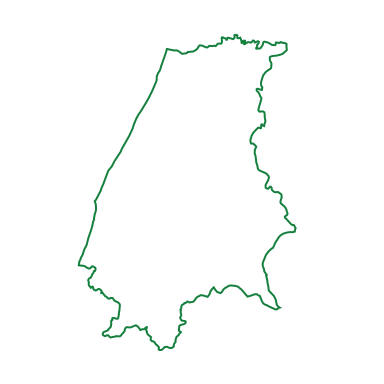 the district of Vatomandry, Atsinanana, Madagascar, rotated 185°
{"feature_id": "10022922B31178585124685", "entity_name": "Vatomandry", "entity_type": "district", "adm_level": 2, "iso_a3": "MDG", "parent_name": "Madagascar", "parent_adm1": "Atsinanana", "projection": "mercator", "projection_center": [48.762, -19.365], "detail": "fine", "context": "isolated", "style": "outline", "palette": "green", "viewbox_px": 384, "rotation_deg": 185, "n_neighbors": 0, "source": "geoboundaries", "source_scale": "gbopen_adm2", "svg_char_len": 5936}
<svg xmlns="http://www.w3.org/2000/svg" viewBox="0 0 384 384"><g transform="rotate(185 192 192)"><path d="M167.3,88.9L165.6,91.7L164.8,95.1L163.1,97.7L162.0,98.9L160.3,96.6L158.1,94.5L154.8,93.8L153.7,94.7L152.6,96.9L151.3,98.7L147.8,101.3L146.2,102.1L144.8,102.3L140.2,102.2L138.0,101.7L133.8,98.8L127.5,92.6L122.5,94.6L121.5,95.3L118.7,95.9L116.5,94.6L115.4,94.5L112.6,88.9L111.3,87.3L109.8,86.3L107.7,85.8L106.0,84.9L98.6,82.3L97.6,82.4L96.9,82.8L95.5,84.1L94.5,84.5L96.1,85.4L97.5,86.7L97.9,87.5L98.8,90.9L99.7,93.0L101.4,95.6L106.9,100.5L107.9,105.3L108.7,107.4L109.3,110.7L110.9,115.3L110.3,115.9L113.0,119.1L113.6,121.4L115.2,124.8L115.3,127.7L112.8,135.8L111.0,138.8L109.4,140.8L107.7,142.6L106.4,143.5L104.6,148.7L101.5,154.7L100.2,156.3L97.9,158.2L94.8,159.6L91.6,160.5L87.8,160.8L86.1,161.6L86.3,162.5L85.6,165.0L87.5,167.8L88.1,168.1L89.0,167.8L90.3,168.4L95.5,173.2L96.8,174.2L97.3,175.0L97.4,175.6L97.2,175.8L95.2,177.5L95.0,179.2L95.9,180.8L96.4,182.6L97.3,184.1L98.6,185.6L102.5,188.4L103.1,189.8L103.0,190.5L102.7,192.6L102.3,193.4L102.3,195.7L102.9,197.5L106.3,199.5L108.6,199.0L110.3,199.3L111.1,199.8L112.6,201.1L113.2,203.4L114.0,204.2L114.9,204.0L116.3,201.9L117.6,202.0L118.9,202.6L119.3,204.4L119.1,205.9L117.1,210.6L116.6,212.9L117.0,214.4L119.1,216.5L120.3,217.2L126.2,219.2L127.4,219.8L128.1,220.6L128.7,221.7L129.2,224.1L130.5,226.9L131.8,233.3L132.9,235.8L133.1,239.6L131.9,242.6L132.9,243.8L135.2,245.5L137.5,245.5L138.4,248.6L137.5,253.3L136.3,255.9L135.5,257.2L132.5,261.0L131.4,262.0L129.3,261.4L128.8,261.8L128.8,265.3L128.3,265.5L127.3,264.4L125.9,264.0L125.7,266.2L125.0,269.0L126.1,273.0L126.3,275.4L126.8,277.6L127.9,278.4L130.0,278.3L131.6,277.9L132.1,278.1L133.0,279.4L132.9,281.1L131.1,290.2L131.1,291.8L132.2,293.0L133.3,295.3L134.5,297.0L136.4,298.7L136.6,300.1L136.3,300.4L135.0,300.6L133.6,300.1L131.6,299.8L131.2,299.9L131.1,302.5L131.8,303.0L132.7,305.3L132.7,308.0L131.3,314.3L129.2,317.7L126.4,320.3L124.6,321.6L124.0,322.5L124.0,326.4L124.2,327.3L125.6,329.5L126.2,331.7L126.2,333.2L124.8,334.1L121.4,335.0L119.5,335.2L114.0,337.3L110.1,341.3L110.0,342.3L110.6,345.0L110.7,347.7L112.8,348.7L114.4,348.4L116.4,349.1L117.1,348.9L117.5,348.2L118.0,348.1L119.5,348.1L121.1,348.4L121.5,348.0L121.6,346.0L121.7,345.7L122.2,345.5L125.2,345.5L128.6,347.2L130.0,347.7L131.3,347.7L132.9,348.1L133.4,347.9L134.1,347.1L134.2,345.5L134.6,344.2L136.3,341.2L137.7,340.7L140.4,340.4L140.7,340.9L139.7,342.5L140.0,344.1L138.7,345.9L138.4,346.8L138.5,347.5L138.9,347.8L140.0,347.8L141.9,346.5L142.5,346.4L143.3,348.0L144.3,348.3L146.1,346.0L149.4,346.2L152.5,343.8L152.9,343.8L153.5,344.4L152.4,346.1L152.2,346.6L152.4,347.3L154.0,347.2L154.5,346.6L155.0,345.1L155.5,344.9L156.4,348.0L157.4,349.9L159.2,349.2L160.2,349.4L160.5,350.5L160.4,351.9L160.7,352.2L162.8,352.3L163.3,352.0L163.4,351.5L163.0,350.2L163.1,349.3L164.3,347.9L169.6,348.9L170.1,348.5L170.4,346.8L171.0,346.6L171.5,347.6L172.1,348.0L173.5,348.1L175.0,348.8L175.5,348.7L175.9,348.0L175.2,344.5L175.6,342.6L175.9,342.3L178.2,342.2L179.4,341.8L181.0,339.5L181.4,339.4L182.4,339.7L184.4,339.1L187.6,339.1L189.1,337.4L190.3,337.3L195.0,338.8L197.0,338.7L197.8,338.1L199.0,335.5L200.3,333.9L203.2,332.0L208.4,331.1L209.4,329.8L213.9,328.8L215.5,329.7L216.2,330.4L218.6,331.5L220.4,331.8L221.8,331.4L229.5,332.3L230.1,328.7L233.6,315.1L234.5,310.5L236.2,307.4L237.2,303.7L236.9,300.9L237.2,299.0L240.6,288.8L243.6,281.2L245.7,276.7L250.1,267.8L252.2,264.2L253.0,262.4L253.0,261.8L253.7,260.9L255.9,253.8L256.7,250.0L259.4,242.5L265.6,229.0L266.5,226.0L271.9,216.0L274.1,210.6L277.3,205.8L281.0,192.4L282.7,187.4L283.1,185.2L287.0,175.9L288.0,174.6L288.0,173.8L287.4,173.0L286.7,170.8L286.2,167.7L286.1,165.7L286.5,163.0L287.0,161.1L287.3,157.1L287.1,156.0L287.8,154.2L288.4,149.3L289.4,144.4L291.2,137.2L292.4,129.9L294.4,125.0L295.5,120.0L297.1,116.4L297.1,115.2L298.1,113.3L298.4,109.1L293.7,109.0L292.5,108.8L289.6,107.2L288.4,106.8L287.4,106.8L286.8,107.2L284.9,109.3L283.7,109.1L281.7,108.0L281.3,106.4L281.7,105.0L282.0,104.7L282.8,104.6L283.2,102.9L283.6,102.1L284.2,101.4L284.9,98.9L285.4,97.9L287.0,96.8L287.5,96.0L287.7,94.9L286.9,93.1L286.8,90.7L286.2,89.5L285.4,89.0L284.5,87.9L284.1,88.4L283.7,88.3L283.3,88.9L282.9,89.1L282.1,88.2L281.9,87.0L281.1,86.1L280.4,86.0L279.3,85.4L276.7,87.3L276.1,87.3L274.5,86.6L273.7,85.8L273.3,84.9L273.7,83.9L273.6,83.4L273.3,83.5L273.0,84.0L272.5,84.0L269.5,80.7L268.2,80.2L266.7,78.9L265.9,78.5L265.0,78.5L264.2,79.2L262.2,79.5L261.1,78.8L260.1,77.3L258.8,76.5L256.1,75.6L254.5,74.3L254.0,73.1L254.0,69.9L254.0,67.6L254.3,65.2L254.2,63.0L254.6,59.9L255.1,59.3L256.0,59.1L258.6,59.7L259.8,59.7L260.4,59.2L260.5,58.7L260.1,58.1L260.2,57.5L261.0,57.0L261.3,56.4L260.9,52.9L261.2,50.8L261.5,50.1L263.3,48.0L263.4,47.3L263.9,46.8L268.1,44.5L268.5,43.1L268.4,41.9L266.4,40.8L264.8,41.4L264.4,41.8L263.1,42.0L261.2,40.3L260.0,40.0L258.2,40.8L256.2,41.1L254.8,41.9L253.6,41.7L251.3,41.9L250.6,42.5L247.0,47.6L246.9,49.5L246.5,50.5L245.7,51.5L244.8,51.7L242.5,51.6L241.1,51.9L236.7,54.2L235.8,54.1L234.3,53.3L232.4,51.3L231.7,50.2L231.3,50.0L230.0,50.8L227.8,51.2L225.5,53.5L225.2,53.4L225.2,52.9L225.7,51.2L225.6,50.2L224.8,49.2L224.7,48.0L223.5,46.1L220.3,44.0L220.3,41.1L219.0,40.0L217.5,39.8L216.2,39.0L215.2,37.6L212.1,35.2L211.4,34.3L211.6,32.8L211.2,32.0L210.2,31.7L208.2,32.2L205.6,35.2L203.4,35.6L200.4,34.6L198.4,35.0L197.2,35.9L196.7,36.5L196.8,38.0L196.5,39.5L195.5,40.9L195.2,41.6L195.6,42.8L194.8,46.4L192.8,48.3L192.2,49.9L190.9,51.1L191.1,51.8L192.7,52.4L193.1,53.4L192.9,57.6L191.3,58.8L188.9,59.5L188.0,60.0L187.1,60.9L186.9,61.9L187.1,62.5L187.8,62.9L190.5,62.9L191.4,63.3L192.6,65.0L192.8,66.0L192.1,67.6L192.0,68.8L192.9,71.5L192.7,73.0L193.3,73.7L192.5,75.4L192.6,77.1L192.2,78.3L191.9,78.8L190.5,79.5L190.0,80.6L188.6,80.9L187.3,82.4L186.8,82.6L185.0,81.7L180.8,83.0L178.5,86.9L177.4,88.0L174.2,90.0L171.8,89.9L167.3,88.9Z" fill="none" stroke="#15803d" stroke-width="2"/></g></svg>